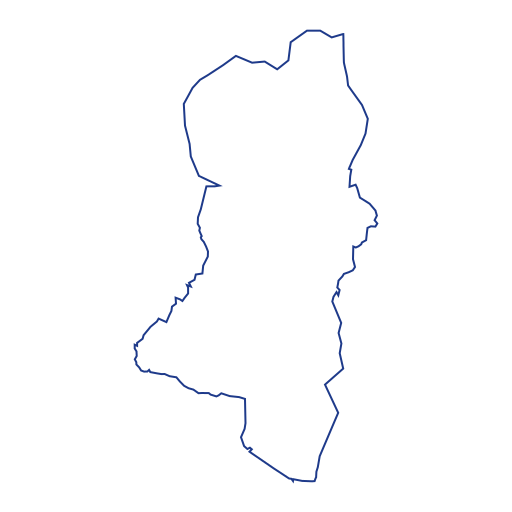 outline of Sia, Larnaca, Cyprus
{"feature_id": "46923920B35097133451695", "entity_name": "Sia", "entity_type": "district", "adm_level": 2, "iso_a3": "CYP", "parent_name": "Cyprus", "parent_adm1": "Larnaca", "projection": "robinson", "projection_center": [33.386, 34.919], "detail": "fine", "context": "isolated", "style": "outline", "palette": "blue", "viewbox_px": 512, "rotation_deg": 0, "n_neighbors": 0, "source": "geoboundaries", "source_scale": "gbopen_adm2", "svg_char_len": 2350}
<svg xmlns="http://www.w3.org/2000/svg" viewBox="0 0 512 512"><path d="M343.3,34.1L342.5,34.2L341.9,34.4L331.7,37.4L320.3,30.7L319.6,30.7L306.9,30.7L290.7,42.2L288.4,60.4L277.2,69.3L264.8,61.6L264.2,61.6L252.1,62.7L235.9,55.9L235.6,56.1L223.0,65.2L207.4,75.4L200.0,79.8L192.6,87.8L188.2,95.9L183.8,103.9L185.0,125.6L189.6,143.9L190.8,156.5L198.9,175.9L208.6,180.5L219.4,185.6L214.9,186.3L208.9,186.3L206.4,186.4L200.8,209.3L198.0,217.3L197.7,223.8L199.9,227.8L199.3,230.6L200.4,233.2L201.7,236.1L200.8,237.3L201.4,239.2L203.8,241.9L206.1,246.6L208.0,251.5L207.8,256.6L203.2,265.6L202.4,273.5L195.8,274.5L194.5,279.8L189.0,282.8L190.8,286.5L187.0,285.1L188.1,287.5L188.1,293.5L184.7,297.7L182.4,301.0L179.9,299.3L175.6,297.7L176.0,303.7L172.0,306.6L171.4,311.0L169.5,314.8L166.4,322.1L158.6,318.6L156.9,321.5L150.6,326.7L143.6,335.2L142.6,338.8L137.1,342.9L137.1,345.8L134.7,344.7L134.7,348.5L136.5,351.4L136.7,356.0L134.8,359.3L136.3,362.2L136.4,364.5L139.2,367.4L141.1,370.5L144.1,371.6L147.4,371.5L149.1,369.9L150.3,372.1L157.2,373.4L161.5,374.1L164.6,374.0L169.6,376.2L176.4,377.3L179.9,381.5L184.1,385.8L188.5,388.2L193.4,389.6L198.5,393.2L201.9,393.0L208.8,393.1L210.6,394.6L216.4,396.4L218.6,395.4L221.3,393.3L229.7,396.1L239.1,397.1L245.0,398.9L245.5,423.2L244.6,428.9L241.0,437.2L244.1,446.1L247.4,449.0L249.9,447.7L251.8,449.3L249.5,451.7L252.2,453.6L273.9,468.5L289.1,478.5L291.4,478.8L293.0,481.0L293.3,479.2L302.1,480.9L312.1,481.3L314.6,481.1L315.6,478.2L316.0,477.6L316.1,477.4L316.4,471.7L317.8,467.2L319.7,456.2L334.3,421.9L338.2,412.8L325.0,384.6L343.2,368.6L339.7,353.2L341.4,343.5L338.6,333.0L341.2,322.9L332.3,301.5L333.5,296.8L336.5,292.1L338.3,295.3L339.6,290.0L337.3,287.5L338.0,283.9L338.5,280.6L342.4,276.4L343.9,273.9L348.8,272.2L352.8,270.3L355.0,267.0L353.0,259.2L353.3,246.5L355.8,247.5L358.5,246.3L361.2,244.3L361.9,242.5L366.1,240.2L366.9,232.8L367.5,227.9L370.9,226.3L375.4,226.6L377.3,223.5L374.6,220.2L376.9,215.6L375.7,211.5L375.5,210.6L369.6,203.7L359.9,197.6L357.2,188.1L355.6,184.7L349.5,186.8L350.2,176.1L351.3,169.7L348.9,168.9L349.7,166.8L349.9,166.5L352.7,159.9L360.8,145.1L365.5,133.6L367.8,118.8L362.0,105.0L351.3,90.1L348.1,85.5L347.9,83.9L347.1,77.1L346.8,75.5L344.2,64.0L343.9,62.4L343.8,59.8L343.5,45.5L343.5,42.8L343.4,38.4L343.4,36.6L343.3,34.1Z" fill="none" stroke="#1e3a8a" stroke-width="2"/></svg>